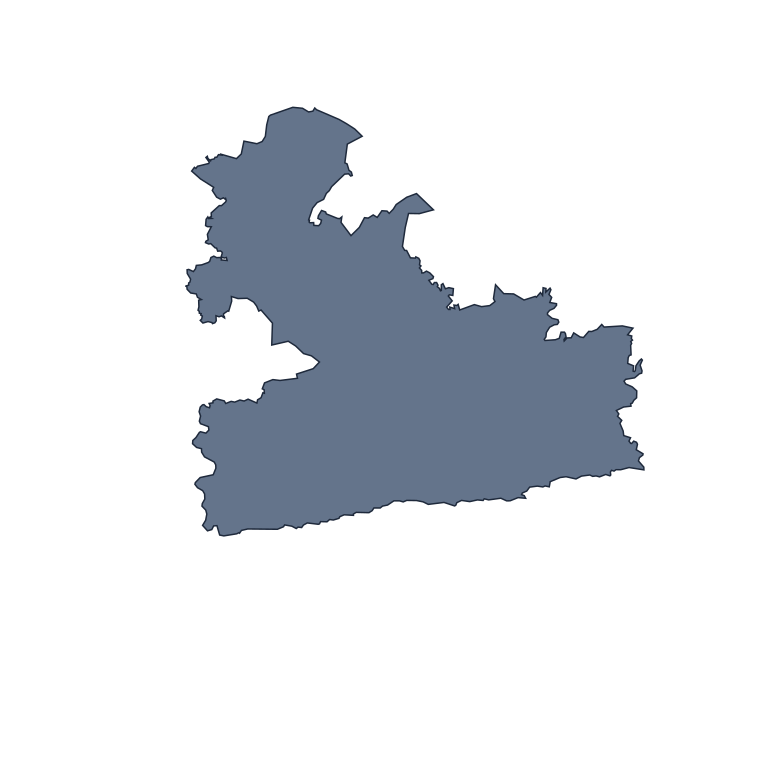 Buffalo City, Eastern Cape, South Africa, rotated 28°
{"feature_id": "47623444B85184421345333", "entity_name": "Buffalo City", "entity_type": "district", "adm_level": 2, "iso_a3": "ZAF", "parent_name": "South Africa", "parent_adm1": "Eastern Cape", "projection": "albers", "projection_center": [27.551, -32.98], "detail": "fine", "context": "isolated", "style": "filled", "palette": "slate", "viewbox_px": 768, "rotation_deg": 28, "n_neighbors": 0, "source": "geoboundaries", "source_scale": "gbopen_adm2", "svg_char_len": 6170}
<svg xmlns="http://www.w3.org/2000/svg" viewBox="0 0 768 768"><g transform="rotate(28 384 384)"><path d="M309.8,594.5L313.9,593.3L324.3,585.4L325.8,583.3L326.5,583.5L326.9,580.2L331.7,576.0L358.1,562.3L362.3,557.2L362.4,555.1L369.4,552.8L374.4,552.8L375.3,550.7L378.7,549.4L379.1,546.3L381.5,542.7L391.8,538.7L392.7,537.8L392.6,535.3L398.4,532.4L399.6,529.2L403.1,527.9L407.3,523.8L407.3,521.9L410.2,518.2L418.7,514.3L418.0,513.2L419.7,510.4L431.1,504.7L433.0,501.4L433.3,498.2L438.9,495.2L440.0,492.5L444.0,489.2L447.6,482.5L452.5,479.9L456.3,479.1L458.7,476.1L467.5,471.6L473.9,469.7L479.6,469.5L492.6,460.4L503.6,458.5L504.3,457.4L504.0,454.6L507.1,450.4L514.9,447.6L520.9,442.5L526.2,440.3L526.4,438.3L530.8,437.2L540.8,430.0L547.2,429.6L550.2,427.9L555.7,421.4L562.7,418.4L560.2,416.7L557.4,417.1L557.3,415.3L560.3,411.5L561.0,406.7L567.3,402.2L572.6,400.3L574.1,398.4L578.2,397.2L576.6,392.2L583.4,383.9L588.3,380.4L598.1,377.7L601.6,372.6L608.5,367.7L611.6,367.6L614.4,365.6L617.9,364.8L622.2,359.8L626.6,359.0L626.9,357.9L625.2,355.4L625.4,353.4L628.0,352.9L629.1,350.7L633.2,348.6L639.6,342.7L653.8,337.8L652.4,335.4L644.8,332.5L644.1,329.1L645.9,325.2L645.5,324.0L637.6,323.6L636.1,318.2L634.3,316.9L631.3,317.2L630.6,320.2L629.7,320.6L627.1,319.4L626.9,315.7L619.9,317.0L617.2,313.2L610.8,308.0L611.0,304.5L605.4,302.9L605.4,300.2L601.6,298.3L606.4,291.8L612.5,287.6L611.0,285.5L612.2,284.3L612.2,281.2L613.5,277.6L610.4,271.4L604.6,270.0L597.4,270.5L594.6,268.8L595.2,266.4L602.4,260.9L604.7,255.1L606.4,253.5L605.7,251.3L601.3,247.1L600.9,241.6L599.5,241.1L598.5,243.7L597.9,249.6L599.6,254.3L599.2,255.5L597.9,255.7L595.8,250.8L589.5,251.4L587.2,246.0L587.2,243.6L588.5,242.3L583.6,234.0L583.6,231.9L581.9,230.6L582.8,228.6L581.1,227.8L580.2,225.3L576.0,226.2L577.6,217.8L567.2,220.8L551.6,230.4L548.3,229.2L546.6,235.6L542.8,240.1L540.1,241.4L538.3,249.3L535.0,250.4L527.5,249.8L527.6,255.3L524.0,257.4L522.9,261.4L522.0,260.2L522.6,256.9L520.5,254.3L519.0,253.5L516.0,255.1L517.3,261.4L514.5,264.5L505.7,270.0L504.5,269.3L504.9,266.4L503.2,262.4L503.6,256.1L506.5,251.8L509.1,250.0L509.3,247.3L507.4,245.6L501.6,247.1L495.8,246.0L495.0,244.5L495.7,241.2L498.6,237.4L499.4,233.5L498.6,232.1L492.1,234.2L491.4,228.8L487.6,227.5L487.1,222.4L485.6,221.4L483.7,226.9L482.2,223.6L479.3,224.3L482.4,231.3L479.2,229.8L477.8,235.8L476.5,235.6L468.2,244.1L456.2,243.6L447.3,248.0L435.9,244.0L440.6,257.3L443.3,259.1L440.6,265.1L433.8,269.9L426.5,271.5L416.1,283.1L412.1,278.9L411.5,280.4L408.7,281.5L411.0,284.3L406.0,285.2L407.3,287.2L405.9,287.9L403.2,286.7L405.2,278.6L399.5,276.1L399.8,274.6L403.2,273.5L400.5,267.2L396.0,268.5L393.5,271.1L388.9,267.7L388.0,269.5L390.7,274.5L390.1,275.2L387.9,273.5L385.4,273.1L385.3,271.4L382.8,269.7L380.8,270.8L380.8,273.0L379.5,273.5L374.9,271.4L377.7,268.0L377.3,266.0L372.3,264.4L368.5,264.4L366.8,267.3L365.2,268.2L363.9,266.0L360.8,264.9L361.2,262.4L359.4,262.1L358.0,258.3L355.7,256.7L352.4,256.8L352.6,258.1L348.1,260.2L341.3,255.5L339.5,256.3L335.7,253.9L329.3,235.8L325.6,221.9L335.2,217.0L345.9,207.0L323.3,200.6L316.4,208.4L310.5,219.8L310.1,225.4L308.5,230.9L305.5,229.9L300.8,232.0L299.8,240.1L295.1,239.8L292.2,244.9L288.7,246.3L288.7,257.3L285.2,268.5L270.2,261.5L268.3,256.3L267.2,258.8L265.3,259.6L253.2,260.9L251.7,259.5L247.4,260.1L247.1,266.3L247.9,268.8L251.9,268.7L252.7,272.0L252.0,274.9L247.6,276.9L246.1,274.5L242.9,276.4L241.8,276.1L241.3,274.3L240.4,274.5L238.4,262.2L239.8,255.2L244.0,249.3L243.6,242.8L244.9,239.0L245.1,234.3L250.7,217.2L254.1,215.0L257.0,216.0L258.1,214.8L255.7,212.2L252.7,211.7L248.1,207.0L245.6,207.1L239.0,189.4L248.4,175.5L238.5,172.6L229.2,171.8L220.1,171.5L195.7,173.5L193.3,172.8L193.1,176.5L189.7,179.2L182.6,178.8L173.6,182.5L157.5,199.9L156.7,201.9L158.8,210.3L163.0,221.1L162.6,227.1L159.0,231.5L146.3,235.3L150.0,247.9L147.9,254.3L132.4,257.6L133.2,258.1L130.2,259.2L129.9,262.3L128.4,263.1L128.4,265.0L125.9,267.1L126.1,268.3L122.6,267.5L121.1,265.9L120.4,267.6L125.6,270.2L125.7,271.6L117.1,279.3L116.7,282.0L114.9,281.7L114.2,286.3L125.7,289.1L141.3,290.3L141.5,293.7L148.5,297.6L152.8,297.6L154.8,295.0L157.0,295.4L157.1,294.6L158.6,296.1L158.7,297.6L156.8,302.8L154.8,303.8L151.1,314.1L152.9,317.1L151.8,318.7L154.1,318.7L151.4,320.3L150.0,319.2L149.6,322.1L152.1,327.9L154.2,328.0L157.7,326.2L157.8,334.8L161.1,339.2L159.7,341.7L160.0,343.0L163.5,342.7L165.1,341.4L171.0,343.1L172.4,342.6L174.8,344.8L177.2,343.3L178.7,343.5L179.7,344.1L180.5,348.3L183.9,347.7L185.4,346.3L187.5,348.6L182.1,350.9L181.7,349.6L179.8,349.3L176.9,351.0L173.7,351.0L171.8,353.6L172.5,357.4L171.9,359.1L167.1,364.4L162.6,367.4L163.5,370.8L162.9,374.2L157.8,374.5L156.5,375.6L158.4,378.8L164.0,382.2L164.8,385.1L164.1,386.5L165.1,388.4L162.7,390.9L164.1,390.4L165.7,392.8L170.6,394.4L176.0,392.6L178.6,395.0L183.1,395.2L181.0,397.0L184.3,402.7L185.2,406.2L186.8,406.6L187.7,408.2L189.5,407.7L189.8,409.2L191.7,409.3L192.5,412.2L191.9,414.1L195.5,415.2L199.3,411.5L203.3,410.5L204.2,411.2L205.9,409.4L206.2,407.0L203.6,402.6L206.8,402.1L208.5,400.2L212.2,400.5L211.3,399.3L210.4,399.6L209.4,397.3L211.8,392.7L212.7,392.6L210.6,382.3L208.2,378.4L215.0,377.1L223.0,372.5L230.5,372.9L235.0,375.0L239.2,378.4L240.7,376.4L256.9,382.6L266.6,402.3L279.4,391.2L288.1,391.9L298.7,394.9L306.7,393.2L316.7,394.9L314.3,403.7L302.1,416.3L304.9,419.6L290.5,429.7L283.8,432.3L278.0,439.1L278.8,445.4L280.8,445.3L282.7,448.3L281.2,448.6L281.9,453.8L279.8,457.3L280.7,460.5L271.1,461.2L268.5,464.7L264.3,465.8L260.7,470.1L257.2,471.1L253.4,475.5L250.9,473.9L243.3,475.7L241.0,479.4L241.8,480.9L238.7,483.3L240.6,484.7L241.1,486.9L237.7,487.5L234.7,486.7L233.5,487.7L232.6,490.7L233.8,495.3L237.1,498.4L238.4,503.5L240.6,505.2L249.0,504.1L251.0,506.9L249.8,511.0L244.4,512.3L243.7,513.4L243.1,519.6L241.7,523.6L243.0,526.6L248.3,528.0L253.2,526.8L255.0,529.8L259.7,532.6L270.7,532.6L273.4,534.4L275.1,537.3L275.8,544.3L265.6,552.9L263.7,559.6L264.1,561.3L268.0,563.1L274.0,563.3L277.2,565.3L279.8,569.7L279.7,574.9L280.6,577.3L285.8,579.0L288.6,582.0L290.5,588.0L290.2,594.0L297.1,596.5L300.3,593.4L300.2,589.3L303.0,587.5L309.8,594.5Z" fill="#64748b" stroke="#1e293b" stroke-width="1.5"/></g></svg>